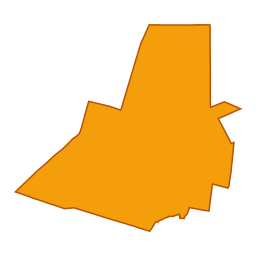 the district of Caraula, Dolj, Romania, rotated 180°
{"feature_id": "2599482B35148245889168", "entity_name": "Caraula", "entity_type": "district", "adm_level": 2, "iso_a3": "ROU", "parent_name": "Romania", "parent_adm1": "Dolj", "projection": "equal_earth", "projection_center": [23.254, 44.175], "detail": "fine", "context": "isolated", "style": "filled", "palette": "amber", "viewbox_px": 256, "rotation_deg": 180, "n_neighbors": 0, "source": "geoboundaries", "source_scale": "gbopen_adm2", "svg_char_len": 3345}
<svg xmlns="http://www.w3.org/2000/svg" viewBox="0 0 256 256"><g transform="rotate(180 128 128)"><path d="M106.8,231.2L115.3,212.2L135.2,145.8L140.5,147.7L143.9,148.9L147.0,149.8L149.5,150.4L153.1,151.3L155.3,151.8L160.4,153.0L163.9,153.9L165.2,154.2L167.3,154.7L168.9,148.9L169.7,145.9L171.0,141.5L171.5,139.6L174.3,129.0L175.0,126.9L176.4,123.0L176.8,122.4L177.6,121.5L178.0,121.1L179.1,120.2L179.4,119.9L180.1,119.4L180.6,118.9L181.1,118.6L183.0,117.4L189.8,110.5L189.8,110.4L193.6,106.9L199.9,101.9L207.0,95.5L209.0,93.6L212.1,90.8L215.9,87.6L220.1,83.9L222.0,82.0L240.6,64.1L236.7,62.8L234.2,61.9L231.9,61.1L227.9,59.8L223.2,57.9L213.9,54.9L211.1,54.0L208.0,52.8L205.8,52.1L204.7,51.7L202.8,51.2L198.8,49.9L196.4,49.0L195.0,48.5L192.5,47.7L191.6,47.3L190.9,47.4L188.4,47.6L185.2,47.9L182.1,48.2L181.8,48.1L181.5,48.0L180.7,47.8L179.8,47.5L178.8,47.1L177.9,46.8L177.0,46.6L176.0,46.3L175.0,46.0L174.0,45.7L173.0,45.4L172.5,45.2L172.0,45.1L171.1,44.8L170.2,44.6L169.5,44.4L169.1,44.2L168.1,43.9L167.1,43.6L166.0,43.2L164.9,42.9L163.9,42.6L162.8,42.2L161.7,41.9L160.9,41.6L159.9,41.3L159.3,41.1L158.5,40.9L157.6,40.6L156.7,40.3L155.7,40.0L154.8,39.7L153.8,39.3L152.8,39.0L151.8,38.7L150.7,38.4L149.7,38.1L148.7,37.8L147.7,37.4L146.6,37.1L145.6,36.8L144.6,36.5L144.0,36.3L143.6,36.2L142.9,36.0L142.0,35.8L141.7,35.6L140.7,35.4L139.4,35.0L131.7,32.7L129.6,32.1L127.7,31.5L125.2,30.7L122.7,30.1L119.4,28.9L118.4,28.5L116.0,27.7L112.6,26.8L108.7,25.5L106.3,24.8L104.2,27.7L100.5,33.9L98.7,34.0L98.1,34.0L97.6,34.3L97.2,34.8L96.5,35.6L95.9,35.8L94.6,36.1L93.6,36.5L92.2,37.4L91.3,37.8L89.7,38.5L89.0,38.6L88.1,38.7L87.9,39.5L85.4,39.6L81.9,39.8L81.7,40.2L79.2,40.9L77.5,41.4L76.7,41.7L76.4,41.1L76.4,40.9L76.4,40.2L76.3,39.4L76.3,38.6L76.2,38.0L76.0,37.8L75.7,37.6L75.2,37.6L74.5,37.7L73.7,37.7L72.4,37.6L72.0,37.4L71.9,37.8L71.3,38.8L71.0,39.7L70.7,40.3L70.4,40.4L70.1,41.0L69.8,41.3L69.5,41.4L69.1,41.6L68.9,41.8L68.7,42.3L68.2,43.5L67.6,45.3L67.3,46.2L66.6,48.0L66.6,48.4L65.4,48.2L63.8,47.9L62.9,47.7L61.6,47.5L60.4,47.3L59.5,47.1L58.4,46.9L57.0,46.6L55.9,46.4L54.6,46.2L52.9,45.9L51.4,45.6L49.7,45.4L47.2,44.9L47.0,45.2L46.9,45.7L46.9,46.4L46.7,47.4L46.6,47.9L46.6,48.4L46.5,49.2L46.4,50.2L46.2,51.5L46.1,52.6L46.0,53.5L45.7,55.4L45.5,57.1L45.4,58.0L45.2,59.2L45.0,60.5L44.9,62.0L44.6,64.0L44.4,65.6L44.2,67.1L43.9,69.2L43.5,72.0L35.7,69.9L29.3,68.3L28.1,67.9L27.8,68.2L27.2,69.6L26.8,71.8L26.6,73.5L25.9,78.3L25.3,81.8L24.8,85.7L24.1,93.4L23.8,95.1L23.3,101.1L22.9,104.0L22.6,107.7L22.2,111.9L22.1,113.5L24.7,112.4L24.8,112.6L26.1,115.3L31.2,125.0L34.0,130.4L36.2,134.4L37.8,137.4L32.8,139.5L25.6,142.7L18.3,145.9L15.4,147.2L24.6,151.3L31.6,154.2L45.5,148.6L45.6,149.1L45.6,149.7L45.6,153.5L45.6,155.1L45.7,162.9L45.6,178.5L45.9,209.7L45.9,226.7L46.0,230.2L46.0,231.0L46.6,231.1L47.1,231.1L47.6,231.1L48.4,231.1L49.1,231.1L49.9,231.1L50.7,231.1L51.8,231.1L52.8,231.2L53.4,231.1L54.0,231.2L54.6,231.2L55.3,231.2L56.6,231.2L57.4,231.1L59.1,231.1L61.2,231.1L62.2,231.1L63.4,231.0L64.9,231.0L66.8,231.0L67.4,231.0L67.8,231.1L68.4,231.0L68.8,230.9L69.6,230.9L71.1,230.9L72.6,231.0L73.9,231.0L75.5,231.0L77.4,231.0L79.1,231.0L80.9,231.0L82.3,231.0L84.2,231.0L85.7,231.0L87.5,231.0L90.1,231.0L91.7,231.0L94.3,231.0L96.2,231.1L99.5,231.1L102.2,231.1L104.2,231.1L106.0,231.1L106.8,231.2Z" fill="#f59e0b" stroke="#b45309" stroke-width="1.5"/></g></svg>